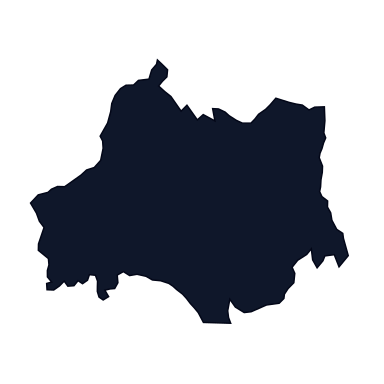 the district of Campo Novo, Rio Grande do Sul, Brazil, rotated 94°
{"feature_id": "56859067B11672596232419", "entity_name": "Campo Novo", "entity_type": "district", "adm_level": 2, "iso_a3": "BRA", "parent_name": "Brazil", "parent_adm1": "Rio Grande do Sul", "projection": "albers", "projection_center": [-53.822, -27.67], "detail": "fine", "context": "isolated", "style": "filled", "palette": "ink", "viewbox_px": 384, "rotation_deg": 94, "n_neighbors": 0, "source": "geoboundaries", "source_scale": "gbopen_adm2", "svg_char_len": 1892}
<svg xmlns="http://www.w3.org/2000/svg" viewBox="0 0 384 384"><g transform="rotate(94 192 192)"><path d="M97.8,65.9L98.8,75.5L102.0,81.0L97.6,88.0L97.0,94.5L95.8,101.5L92.6,114.9L99.7,120.2L104.4,124.3L109.8,131.0L114.9,134.4L119.2,138.0L119.8,146.5L117.4,152.8L113.3,160.3L110.0,164.5L107.3,171.3L107.4,177.2L119.5,174.1L114.0,186.2L119.7,191.7L105.8,203.1L112.1,208.5L98.2,219.7L93.8,226.1L88.6,232.7L83.7,229.3L78.9,225.1L71.8,224.9L66.7,230.8L62.7,235.7L67.1,236.3L73.0,240.7L82.4,242.8L84.4,253.2L89.4,257.8L90.1,265.3L93.8,270.5L101.0,275.4L109.3,278.2L117.5,278.7L129.1,281.0L142.7,287.5L147.3,284.7L154.6,283.7L166.8,285.3L174.4,291.2L177.4,298.7L182.9,303.9L195.6,319.4L195.9,326.5L199.0,332.4L202.4,335.6L205.6,345.2L214.3,352.3L223.9,345.7L231.8,342.2L237.7,337.1L254.5,341.5L260.9,341.2L268.4,330.6L274.7,329.6L280.4,330.8L286.8,330.3L291.6,325.7L293.4,330.6L299.6,329.8L299.4,323.1L295.0,317.7L289.8,313.3L294.6,309.3L293.7,303.2L288.4,299.5L291.1,294.8L287.3,290.1L281.6,288.6L281.8,282.5L287.5,280.0L292.7,279.8L297.8,279.5L303.3,277.4L305.9,273.1L302.2,267.9L296.0,272.1L294.4,266.9L293.7,262.4L287.7,259.6L280.1,260.8L276.2,254.9L279.7,248.4L277.9,241.1L279.3,231.9L282.5,225.4L282.7,217.1L284.8,208.7L287.3,204.4L290.3,200.6L294.5,194.3L298.5,190.1L303.3,185.9L307.1,181.9L311.8,177.4L321.3,171.5L320.2,144.3L314.7,146.8L308.0,148.1L296.3,146.8L303.8,140.7L308.6,131.5L307.3,124.6L299.5,109.8L296.9,97.3L291.8,92.9L287.5,92.7L281.6,89.4L275.4,84.1L266.0,83.8L260.1,86.9L252.7,81.8L246.3,73.2L240.3,69.0L251.3,66.9L258.9,61.9L251.5,56.6L246.5,55.0L244.6,45.7L256.4,40.1L244.6,31.7L227.7,37.7L222.8,38.7L219.2,45.0L210.4,50.5L203.1,52.2L197.6,55.8L191.5,56.1L187.5,62.1L182.7,64.7L178.0,64.1L170.8,64.2L163.3,63.4L157.1,63.6L148.9,67.5L144.4,67.0L139.7,65.4L133.9,64.2L128.7,62.4L123.9,64.6L111.6,64.4L97.8,65.9Z" fill="#0f172a" stroke="#020617" stroke-width="1.5"/></g></svg>